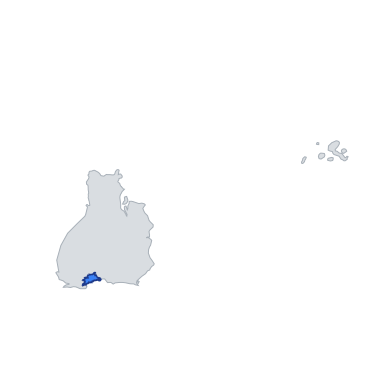 Lago Agrio, Sucumbios, Ecuador (highlighted), rotated 155°
{"feature_id": "8360857B32687179357863", "entity_name": "Lago Agrio", "entity_type": "district", "adm_level": 2, "iso_a3": "ECU", "parent_name": "Ecuador", "parent_adm1": "Sucumbios", "projection": "mercator", "projection_center": [-76.699, 0.129], "detail": "fine", "context": "in_parent", "style": "filled", "palette": "blue", "viewbox_px": 384, "rotation_deg": 155, "n_neighbors": 0, "source": "geoboundaries", "source_scale": "gbopen_adm2", "svg_char_len": 7178}
<svg xmlns="http://www.w3.org/2000/svg" viewBox="0 0 384 384"><g transform="rotate(155 192 192)"><path d="M348.9,160.0L347.8,160.7L345.2,161.0L343.1,160.4L342.3,160.4L342.2,161.0L344.9,162.8L346.2,165.8L348.1,167.7L349.3,168.7L349.3,169.3L349.0,170.6L348.9,171.6L349.5,176.3L349.1,176.6L347.6,176.6L346.5,175.7L343.4,187.4L333.4,199.0L322.1,207.2L309.0,212.0L299.4,215.3L297.9,216.5L293.2,222.4L293.0,223.0L293.6,223.9L293.7,224.6L293.0,225.0L292.4,225.0L292.1,224.7L291.9,224.0L291.3,223.3L290.5,223.1L290.1,223.3L290.0,223.9L289.1,227.1L289.0,228.6L288.6,229.2L288.6,230.6L287.7,231.9L286.9,234.0L286.1,234.6L285.1,237.9L283.7,241.2L283.5,242.3L284.0,243.1L284.2,243.7L283.5,245.7L280.2,247.7L279.3,248.6L278.9,249.7L279.2,250.6L279.1,251.4L278.0,251.7L276.9,253.5L276.0,254.0L273.9,253.3L272.4,253.3L271.1,252.8L268.7,249.6L267.9,247.8L267.6,245.3L265.2,243.6L262.2,244.1L261.3,243.5L259.0,242.4L257.1,241.2L255.6,240.6L254.5,240.9L252.7,242.9L250.9,243.8L250.2,243.8L249.1,243.2L248.9,242.5L251.5,238.9L249.6,238.8L248.9,238.1L248.8,237.2L248.5,236.2L248.9,235.1L249.9,234.5L251.4,234.9L252.5,235.0L253.2,233.9L254.6,233.1L254.9,232.5L254.1,230.8L253.9,229.9L254.1,229.3L254.1,227.4L253.6,226.7L253.6,225.7L253.2,225.1L253.0,223.8L252.1,223.1L255.2,221.9L256.4,220.9L257.8,220.0L259.0,218.7L259.8,217.4L261.7,211.3L263.5,207.5L263.2,205.7L261.7,203.3L261.4,199.6L261.5,198.5L261.3,197.7L260.3,199.2L260.6,204.6L259.7,207.0L258.5,207.5L257.7,207.1L258.2,203.2L257.3,203.9L255.9,206.6L253.5,208.5L253.4,209.2L252.8,210.0L251.0,209.3L249.7,208.4L245.1,204.0L242.2,203.1L240.4,201.6L240.0,200.9L239.8,200.0L241.6,199.1L243.5,197.9L243.7,195.2L243.6,193.0L242.3,189.3L242.9,184.6L242.5,182.7L241.0,178.7L242.1,176.7L246.3,175.3L247.7,174.3L248.6,171.1L249.5,169.2L251.4,170.0L252.9,169.9L250.9,169.2L249.3,166.4L249.0,165.1L252.1,161.2L253.7,160.2L255.7,158.1L257.4,155.0L257.8,150.1L257.1,146.6L256.6,142.9L257.6,142.0L260.1,141.5L262.2,140.3L263.3,139.2L265.7,139.3L268.6,137.6L273.1,136.8L279.4,134.8L280.8,133.1L280.2,130.0L282.6,131.9L283.6,133.3L286.9,135.0L290.7,137.9L293.2,139.4L296.0,140.7L300.0,142.1L302.4,141.9L303.5,144.1L304.4,144.7L306.7,145.5L306.9,145.8L307.8,149.8L308.3,150.4L310.3,151.1L312.7,151.3L313.7,151.2L315.9,152.3L319.2,153.2L320.4,153.4L320.9,153.2L321.1,152.8L322.1,152.8L323.5,153.4L325.6,153.5L326.9,153.0L327.2,150.7L327.7,150.2L329.1,149.4L329.9,149.6L333.8,151.4L334.6,152.0L335.6,153.2L337.4,155.1L339.4,156.3L342.5,156.8L345.4,158.7L348.9,160.0ZM41.8,157.5L43.0,158.7L43.6,162.3L47.5,166.0L48.0,168.1L47.6,169.0L47.8,169.4L49.7,170.9L50.9,172.4L48.8,176.1L44.5,177.6L39.9,177.5L39.0,177.1L37.7,175.8L37.5,174.5L38.2,173.3L40.6,171.6L44.3,170.0L44.7,168.7L43.2,167.5L42.2,165.2L39.9,163.5L38.8,158.4L38.0,158.2L36.5,158.9L35.7,158.3L35.6,158.0L37.3,156.8L37.6,156.0L40.1,155.6L41.2,156.2L41.8,157.5ZM59.8,172.8L58.8,172.8L55.8,171.0L56.0,169.2L57.2,167.9L61.1,167.3L62.7,168.5L62.5,170.6L61.2,172.2L60.2,172.5L59.8,172.8ZM255.8,215.1L255.4,215.9L253.6,215.8L253.1,215.6L253.5,212.0L254.0,210.9L255.5,209.8L256.7,209.3L258.3,209.4L260.0,210.4L258.0,212.2L256.5,212.7L255.8,215.1ZM38.8,166.8L36.9,167.2L35.3,166.5L34.6,165.5L34.5,164.0L34.6,163.5L38.2,162.9L39.4,164.2L39.3,166.1L38.8,166.8ZM77.4,175.5L75.1,176.3L73.9,175.5L73.8,175.1L75.0,173.9L76.2,173.2L77.3,171.9L79.3,171.1L79.9,171.2L80.3,171.5L80.5,172.0L79.8,173.1L78.6,173.9L77.4,175.5ZM55.2,164.4L54.3,165.0L50.7,164.3L49.6,163.2L50.5,161.7L51.2,161.1L53.4,161.6L55.6,163.3L55.2,164.4ZM58.1,183.7L57.3,183.8L56.3,182.9L57.1,181.4L58.6,182.2L59.0,182.8L58.1,183.7ZM279.2,133.9L278.2,134.1L277.7,133.2L279.0,132.1L279.4,131.9L279.2,133.9Z" fill="#d9dde1" stroke="#a8b0b8" stroke-width="1"/><path d="M313.7,159.8L313.8,159.9L314.0,160.1L314.3,160.1L314.7,160.2L314.9,160.2L315.1,160.0L315.3,160.0L315.4,159.9L315.6,159.9L315.8,159.7L316.0,159.6L316.3,159.4L316.5,159.3L316.7,159.2L316.8,159.2L317.0,159.2L317.2,159.6L317.3,159.6L317.6,159.6L317.8,159.6L318.1,159.8L318.4,159.8L318.6,159.9L318.9,160.0L319.0,160.2L319.3,160.3L319.4,160.2L319.5,160.3L319.5,160.2L319.7,160.3L319.8,160.5L320.3,160.4L320.5,160.3L320.6,160.2L320.8,160.2L321.0,160.3L321.2,160.2L321.4,160.2L321.5,160.2L321.8,160.0L322.0,160.0L322.0,159.9L322.0,160.0L322.1,159.9L322.3,159.9L322.5,159.7L322.5,158.1L322.8,158.2L323.1,158.6L323.4,158.5L323.5,158.5L323.5,158.9L323.7,159.0L323.9,159.2L324.1,159.1L324.3,159.3L324.6,159.2L324.7,159.3L324.7,159.6L324.8,159.7L325.2,159.7L325.3,159.7L325.2,159.5L325.2,159.3L325.2,159.1L325.2,158.9L325.2,158.6L325.4,158.6L325.5,158.6L325.9,158.5L326.1,158.6L326.4,158.5L326.4,158.3L326.7,158.2L327.2,158.3L327.3,158.3L327.6,158.5L327.8,158.5L327.8,158.4L327.8,158.2L327.7,158.2L327.8,158.0L327.7,158.0L327.8,158.0L327.7,157.9L327.8,157.9L327.7,157.8L327.5,157.7L327.4,157.6L327.3,157.4L327.2,157.3L327.0,157.2L326.9,157.2L326.8,156.9L327.0,156.7L326.9,156.6L326.7,156.4L326.8,156.3L326.8,156.1L326.8,155.7L327.0,155.7L327.3,155.5L327.4,155.4L327.6,155.4L327.7,155.5L327.8,155.3L328.1,155.2L328.3,155.0L328.3,154.9L328.6,154.8L328.8,154.8L329.0,154.8L329.0,154.7L329.1,154.8L329.3,154.8L329.4,154.6L329.5,154.6L329.5,154.4L329.7,154.2L329.8,154.1L330.0,154.2L330.3,154.0L330.3,153.9L330.4,154.0L330.5,153.9L330.5,154.0L330.6,153.9L330.4,153.7L330.3,153.9L330.2,153.9L330.2,153.7L329.9,153.7L329.9,153.4L329.6,153.3L329.6,153.5L329.3,153.5L329.2,153.5L329.0,153.8L328.9,153.8L328.6,153.9L328.8,153.6L328.7,153.5L328.4,153.6L328.2,153.7L328.1,153.4L327.8,153.2L327.7,153.0L327.6,153.4L327.4,153.3L327.0,153.5L326.9,153.4L327.0,153.2L326.9,153.1L326.6,153.1L326.6,153.3L326.0,153.4L325.7,153.3L325.4,153.5L325.3,153.4L325.0,153.1L324.8,153.0L324.2,153.3L324.0,153.6L323.8,153.8L323.7,153.6L323.4,153.5L323.2,153.1L322.9,153.0L322.6,153.2L322.6,152.9L322.4,152.8L322.1,152.8L321.9,152.7L321.7,152.6L321.4,152.8L321.0,152.4L320.9,152.6L320.7,152.7L320.4,152.9L320.4,153.0L320.6,153.0L320.3,153.3L320.0,153.0L319.8,152.9L319.3,153.1L319.2,152.9L319.1,153.0L318.9,153.4L318.6,153.3L318.2,153.2L318.1,153.3L317.9,153.2L317.7,153.3L317.6,153.2L317.4,153.1L317.2,153.0L317.2,152.9L317.3,152.8L317.3,152.7L317.2,152.7L317.0,152.8L316.9,152.8L316.7,152.8L316.6,152.7L316.4,152.8L316.2,152.8L316.0,152.6L316.0,152.4L315.8,152.3L315.6,152.4L315.4,152.7L315.2,152.5L315.0,152.4L314.9,152.5L314.7,152.5L314.6,152.4L314.4,152.5L314.3,152.2L314.4,151.9L314.1,151.7L313.9,151.3L313.9,151.1L313.7,150.8L313.5,150.7L313.4,150.7L313.3,150.8L313.1,150.8L313.0,150.7L312.8,150.6L312.7,150.5L312.3,150.6L312.2,150.7L312.1,150.8L311.8,151.0L311.6,151.2L311.6,151.4L311.5,151.5L311.5,151.8L311.8,151.8L311.8,152.0L312.0,152.3L312.0,152.2L312.1,152.3L312.2,152.5L312.3,152.5L312.4,152.4L312.4,152.5L312.4,152.4L312.5,152.5L312.8,152.5L312.8,152.4L312.7,152.4L312.8,152.3L313.0,152.5L312.9,152.8L313.0,152.9L312.8,153.0L312.6,152.8L312.6,153.1L312.4,153.1L312.5,153.1L312.3,153.2L312.5,153.3L312.4,153.5L313.8,154.4L314.0,155.6L314.0,156.2L314.0,156.3L314.1,157.3L314.4,157.1L314.7,157.1L314.9,157.2L315.1,157.2L315.1,158.4L315.0,158.7L315.1,159.0L314.9,159.2L314.7,159.2L314.7,159.3L314.4,159.4L314.2,159.5L313.9,159.6L313.7,159.6L313.7,159.8Z" fill="#3b82f6" stroke="#1e3a8a" stroke-width="1.5"/></g></svg>